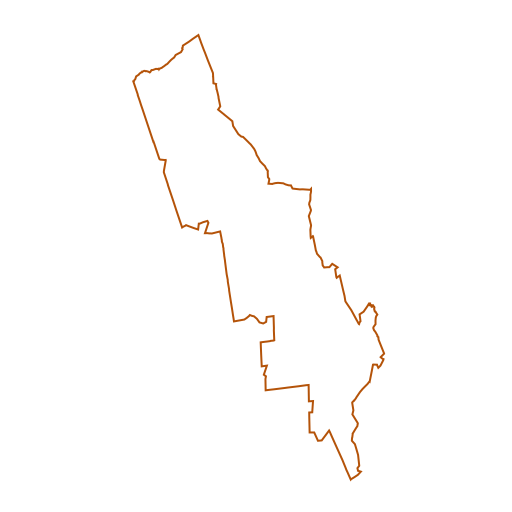 Leimaņu pag., Jekabpils, Latvia (Natural Earth projection), rotated 274°
{"feature_id": "27541924B9576970308212", "entity_name": "Leimaņu pag.", "entity_type": "district", "adm_level": 2, "iso_a3": "LVA", "parent_name": "Latvia", "parent_adm1": "Jekabpils", "projection": "natural_earth1", "projection_center": [25.895, 56.3], "detail": "fine", "context": "isolated", "style": "outline", "palette": "amber", "viewbox_px": 512, "rotation_deg": 274, "n_neighbors": 0, "source": "geoboundaries", "source_scale": "gbopen_adm2", "svg_char_len": 5722}
<svg xmlns="http://www.w3.org/2000/svg" viewBox="0 0 512 512"><g transform="rotate(274 256 256)"><path d="M472.4,183.1L468.2,177.8L467.5,177.0L465.2,174.3L460.8,168.4L460.7,168.4L459.1,168.3L458.5,168.2L458.4,168.0L458.2,167.8L457.1,168.4L454.2,167.0L450.9,161.8L448.5,160.6L445.9,157.8L443.8,156.0L441.5,154.2L440.8,153.3L440.8,153.1L438.8,150.9L438.0,149.8L437.0,148.7L436.6,147.6L436.1,146.9L435.9,146.4L435.5,146.2L436.1,145.9L436.0,145.4L435.7,145.0L435.6,144.6L435.7,143.7L435.7,143.1L434.3,140.0L434.2,138.8L432.2,137.7L431.7,137.2L432.3,136.0L432.8,133.9L432.6,132.9L432.9,132.4L432.9,131.5L432.1,130.2L432.0,129.5L431.3,129.4L430.9,128.3L429.6,126.9L428.8,126.5L426.8,123.9L423.9,123.2L423.2,122.5L422.0,122.1L421.7,121.4L409.3,126.6L408.8,126.8L408.3,126.8L402.4,129.3L398.6,130.8L393.9,132.8L362.6,145.7L362.7,145.9L362.3,146.0L361.6,146.4L346.6,152.6L346.1,152.9L345.8,153.1L345.6,153.5L345.5,153.8L345.4,158.0L345.4,158.6L345.5,159.2L345.0,159.3L334.6,158.2L334.2,158.2L333.4,158.2L332.8,158.3L331.9,158.7L321.4,163.0L321.2,163.1L320.8,163.1L305.2,169.6L295.6,173.5L279.3,180.3L280.1,181.3L281.6,183.9L281.9,184.1L281.6,185.0L281.2,186.3L279.5,192.1L278.4,196.4L284.3,196.7L284.4,197.7L286.0,200.8L287.6,205.1L285.8,206.2L275.2,203.5L275.4,205.9L275.3,207.7L275.4,210.5L278.0,218.5L271.4,220.3L270.6,220.4L270.3,220.6L269.2,220.8L268.8,220.9L268.4,220.9L267.9,221.0L267.0,221.4L265.8,222.0L262.6,222.6L261.5,223.0L260.3,223.1L257.2,223.7L255.2,224.1L253.9,224.3L252.2,224.7L249.1,225.4L248.4,225.5L242.8,226.6L235.8,228.0L230.1,229.5L228.8,229.6L227.0,230.0L221.3,231.4L219.7,231.6L207.9,234.3L202.4,235.6L195.3,237.2L191.9,238.0L189.2,238.6L189.9,241.3L190.3,242.9L191.8,248.8L193.6,251.1L195.6,253.2L196.7,254.0L196.0,256.1L195.7,258.2L193.4,261.3L190.0,264.1L189.2,267.9L191.0,270.7L195.9,270.9L197.3,277.7L185.3,278.9L183.0,279.0L173.2,280.1L173.1,279.9L172.9,279.6L172.4,276.8L172.4,276.6L172.3,276.4L172.1,276.1L171.5,273.3L170.9,270.1L170.2,266.7L158.3,268.0L146.3,269.4L147.4,274.5L138.1,272.1L136.7,274.3L133.9,274.0L122.7,275.0L123.4,278.5L124.3,283.4L126.5,294.6L126.9,296.5L128.1,302.7L129.0,307.4L130.6,315.0L131.0,317.5L114.7,318.9L115.3,323.0L108.6,323.0L106.1,323.0L104.0,323.0L103.6,320.0L98.8,320.4L83.7,321.8L84.0,326.4L76.0,330.7L76.6,334.4L76.9,334.6L87.0,341.1L85.5,342.0L81.3,344.2L74.2,348.0L68.6,351.0L58.4,356.5L52.5,359.4L52.1,359.6L51.3,360.0L48.9,361.1L46.6,362.4L39.6,366.1L39.9,366.3L42.4,369.8L44.8,372.9L48.2,375.6L48.9,372.7L49.2,372.7L51.3,372.0L51.5,372.0L53.9,373.6L54.1,373.6L64.7,371.7L71.5,369.2L75.2,367.8L75.3,367.7L78.3,364.6L78.5,364.5L80.6,364.5L81.7,364.6L81.9,364.7L85.4,364.9L85.6,364.8L87.0,365.6L87.3,365.7L91.5,367.9L93.4,369.0L93.5,369.0L95.3,369.1L95.5,369.2L95.7,369.3L96.5,369.1L100.1,366.5L104.7,363.2L105.3,363.3L108.7,363.9L108.9,363.9L116.3,362.2L116.6,362.2L116.8,362.3L118.2,363.5L118.9,364.0L119.0,364.1L118.9,364.2L120.9,365.5L122.0,366.0L127.5,369.2L130.8,371.6L133.5,373.9L136.0,376.1L139.0,378.1L138.9,378.2L149.1,379.5L155.8,380.3L155.9,380.5L156.0,384.3L155.6,384.4L153.0,385.8L155.3,387.8L160.9,390.2L162.0,390.4L162.1,390.1L162.2,389.6L162.6,389.0L162.9,388.5L163.8,387.4L167.5,390.6L167.8,390.5L168.1,390.4L172.4,388.3L175.9,386.6L178.8,385.2L181.1,384.1L183.6,383.7L184.3,382.7L185.0,382.7L185.3,382.6L188.9,380.2L190.1,379.0L192.0,378.1L192.5,378.0L193.6,378.3L196.3,380.0L200.1,379.7L203.0,379.8L204.5,380.2L206.0,381.1L208.0,379.6L208.6,379.3L208.7,379.2L208.9,379.0L208.8,378.7L208.9,378.4L209.5,378.2L209.8,378.0L210.5,377.9L211.0,377.7L211.3,377.5L211.6,377.5L212.6,377.8L213.7,377.4L213.8,377.2L213.8,376.9L213.8,376.6L214.0,376.5L214.9,376.3L215.1,376.1L215.0,375.8L214.7,375.7L214.2,375.8L213.9,375.7L213.7,375.5L213.4,375.2L213.5,375.1L213.5,374.8L213.9,374.5L214.9,374.3L215.1,374.3L215.2,374.2L215.2,373.9L214.9,373.2L214.8,372.8L214.8,372.6L215.0,372.5L215.4,372.5L215.6,372.6L215.5,372.8L216.0,373.0L216.3,373.1L216.6,373.1L216.6,372.3L216.6,372.1L213.3,370.4L207.9,367.2L205.0,363.4L200.7,364.3L198.2,364.8L196.9,363.9L196.6,363.8L195.5,363.7L195.2,363.6L195.4,363.3L196.6,362.5L198.7,361.2L198.9,361.0L201.6,359.3L207.9,355.3L208.8,354.7L216.5,348.7L217.1,348.3L222.3,347.1L228.0,345.3L242.3,340.9L242.2,340.8L240.9,339.1L239.9,338.0L240.6,337.6L247.5,336.1L248.3,335.9L250.4,338.2L253.5,332.6L250.0,330.0L249.8,327.9L249.3,324.8L249.6,324.6L251.2,323.2L251.3,323.2L254.2,322.6L255.5,322.5L259.0,320.5L259.4,319.8L262.4,316.8L262.5,316.7L264.9,315.8L265.4,315.4L271.2,313.9L279.7,311.5L279.8,311.4L277.9,309.4L279.6,309.1L286.0,308.4L287.3,308.5L290.1,308.8L290.8,308.7L299.5,305.9L305.0,307.6L305.3,307.6L305.8,307.6L311.2,305.4L312.8,305.5L313.2,305.6L315.1,306.2L315.9,306.3L318.3,306.2L321.1,306.0L322.4,306.2L324.0,306.4L325.5,306.3L326.8,306.2L325.8,305.4L325.8,297.9L325.5,295.1L325.8,288.1L325.9,287.7L328.9,285.9L328.8,285.3L328.8,283.6L329.5,280.4L330.4,278.2L330.5,274.4L330.5,272.8L330.0,270.0L329.3,267.8L329.0,267.3L329.0,263.4L332.9,263.9L333.7,263.8L333.8,263.8L335.3,262.5L335.5,262.4L340.7,261.8L341.0,261.9L341.4,261.9L341.8,261.8L342.1,261.7L342.2,261.4L342.3,261.3L342.4,261.2L344.1,259.9L346.3,258.6L348.7,255.8L350.9,253.4L353.6,251.9L356.4,249.9L356.6,249.7L358.6,248.9L360.4,248.1L362.4,246.9L362.8,246.6L366.9,243.0L368.1,241.5L369.1,240.4L371.6,237.5L373.9,234.8L374.1,233.0L376.1,230.2L376.3,229.9L384.1,224.1L385.4,223.8L388.8,223.0L397.8,210.3L399.4,208.0L402.8,209.9L411.1,207.6L412.1,207.5L416.1,206.3L420.1,205.0L420.1,204.9L420.4,204.9L424.2,204.1L424.8,204.2L425.3,201.5L431.5,200.8L431.8,200.6L432.1,200.7L434.7,200.4L435.3,200.3L435.7,200.2L447.9,194.3L455.5,190.8L457.9,189.6L462.9,187.3L465.5,186.1L466.3,185.8L472.4,183.1Z" fill="none" stroke="#b45309" stroke-width="2"/></g></svg>